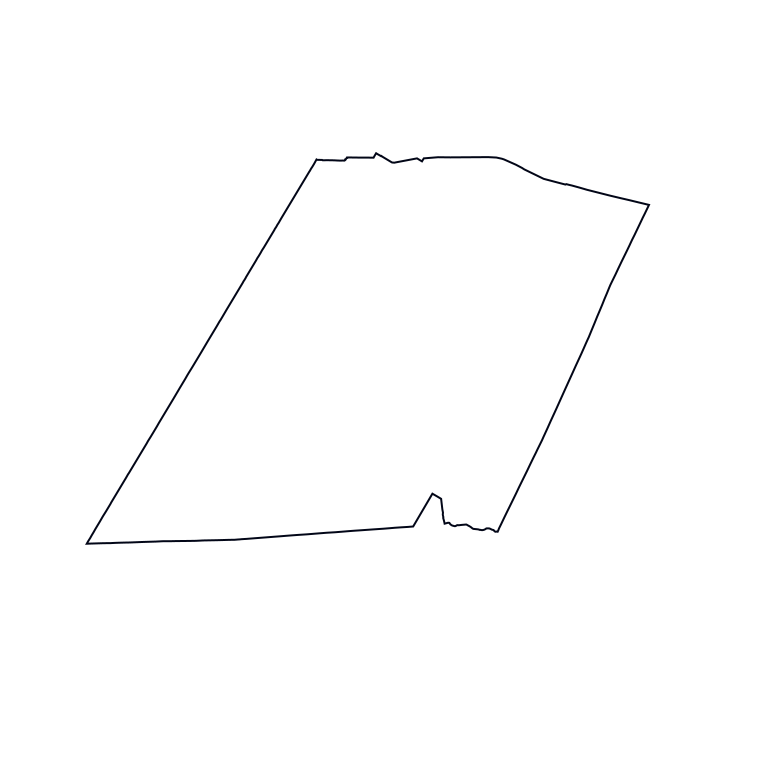 Khlong Luang, Pathum Thani, Thailand (Equal Earth projection), rotated 211°
{"feature_id": "78962969B47132537574289", "entity_name": "Khlong Luang", "entity_type": "district", "adm_level": 2, "iso_a3": "THA", "parent_name": "Thailand", "parent_adm1": "Pathum Thani", "projection": "equal_earth", "projection_center": [100.696, 14.103], "detail": "fine", "context": "isolated", "style": "outline", "palette": "ink", "viewbox_px": 768, "rotation_deg": 211, "n_neighbors": 0, "source": "geoboundaries", "source_scale": "gbopen_adm2", "svg_char_len": 5803}
<svg xmlns="http://www.w3.org/2000/svg" viewBox="0 0 768 768"><g transform="rotate(211 384 384)"><path d="M210.5,315.9L210.7,317.7L211.0,319.2L211.4,324.0L212.2,332.3L212.7,338.0L213.3,345.3L214.4,358.1L215.1,365.1L215.6,371.1L216.6,383.1L217.3,390.3L218.0,398.2L218.4,403.4L218.7,406.3L219.6,417.3L220.0,420.4L220.3,423.2L221.1,430.4L222.0,437.8L222.7,444.2L223.5,451.4L225.9,471.6L228.1,490.8L229.0,498.4L230.4,511.3L231.1,517.0L231.9,523.3L232.3,526.7L232.6,529.6L233.8,537.4L234.9,544.8L236.0,551.7L236.8,557.5L237.8,564.4L238.8,570.5L239.6,576.3L240.6,582.7L241.0,585.6L241.3,588.9L242.0,597.3L242.6,603.0L243.4,611.4L244.4,623.2L244.9,628.7L245.6,635.3L246.0,640.7L247.7,658.5L247.8,659.2L248.2,664.5L249.1,674.0L258.6,671.0L268.2,668.0L276.5,665.3L287.2,661.9L310.1,655.0L317.7,653.0L325.2,650.9L328.3,649.9L330.7,649.2L330.8,649.1L331.0,648.6L331.2,648.4L339.0,646.1L352.8,642.1L374.4,640.2L376.9,640.3L383.9,639.9L396.8,638.3L399.0,637.8L404.3,636.0L411.6,632.1L443.9,612.4L454.5,606.2L466.1,597.9L466.1,594.4L467.9,594.4L469.7,594.4L471.9,594.4L488.3,579.8L489.0,579.1L491.0,578.1L491.3,578.0L497.3,578.0L502.3,578.0L503.6,578.1L503.8,578.1L503.9,577.8L504.0,577.8L504.5,577.8L508.0,577.7L509.6,577.7L509.6,574.8L509.5,572.6L515.2,569.3L520.0,566.4L524.6,563.7L531.8,559.5L531.8,559.1L532.4,559.0L532.5,556.5L532.9,556.5L532.9,555.2L533.0,555.1L534.8,554.1L535.8,553.4L536.8,552.8L539.0,551.6L542.2,549.9L547.4,546.9L551.8,544.2L552.4,544.2L556.8,541.7L557.5,541.7L557.3,536.6L557.3,535.3L557.3,533.2L557.4,531.5L557.4,530.2L557.3,528.5L557.4,528.0L557.4,526.5L557.4,525.3L557.4,524.4L557.4,522.2L557.4,519.3L557.4,518.0L557.4,516.7L557.4,514.6L557.4,513.5L557.4,511.7L557.4,509.8L557.4,507.4L557.4,506.0L557.4,505.1L557.4,503.2L557.4,502.4L557.4,498.4L557.4,497.4L557.4,496.2L557.4,495.6L557.4,494.3L557.4,493.2L557.4,491.8L557.4,490.3L557.4,488.9L557.4,486.9L557.4,484.7L557.4,483.7L557.4,482.3L557.4,480.5L557.4,478.0L557.4,477.4L557.4,476.7L557.4,475.9L557.4,474.3L557.4,473.1L557.3,468.6L557.3,467.2L557.4,465.7L557.3,463.7L557.3,462.6L557.4,461.3L557.4,460.1L557.3,459.6L557.3,457.9L557.3,457.3L557.3,456.0L557.3,455.2L557.3,454.2L557.3,453.8L557.3,451.6L557.3,451.2L557.3,450.1L557.3,448.5L557.3,448.1L557.3,447.6L557.3,447.1L557.3,446.9L557.3,446.3L557.3,445.9L557.3,443.1L557.3,440.8L557.3,438.9L557.4,436.5L557.4,435.3L557.3,432.8L557.3,429.7L557.3,428.6L557.4,427.4L557.4,426.7L557.3,423.6L557.3,421.6L557.3,420.6L557.3,419.6L557.3,418.5L557.3,416.6L557.3,414.1L557.3,413.5L557.3,412.7L557.3,412.1L557.3,411.5L557.3,410.6L557.3,410.0L557.3,407.4L557.3,405.9L557.3,404.8L557.3,404.3L557.2,403.6L557.2,403.2L557.2,401.2L557.3,399.6L557.2,397.9L557.2,396.0L557.2,394.1L557.2,392.9L557.2,388.7L557.2,386.4L557.2,382.3L557.2,379.5L557.2,376.4L557.2,374.9L557.2,372.2L557.2,369.7L557.2,367.0L557.1,357.5L557.1,354.5L557.2,352.9L557.1,347.6L557.1,346.7L557.1,345.0L557.1,342.6L557.1,339.7L557.1,337.1L557.1,335.3L557.1,334.5L557.1,332.0L557.1,328.8L557.0,316.9L557.0,315.4L557.0,312.1L557.0,305.2L557.0,303.6L557.0,299.8L557.1,293.3L557.1,290.2L557.0,285.9L557.0,280.8L557.0,276.2L556.9,262.6L556.9,257.2L556.9,250.7L556.9,246.2L556.9,237.3L556.9,234.6L556.8,230.9L556.8,229.4L556.8,220.2L556.8,218.7L556.9,213.8L556.9,213.3L556.8,211.0L556.8,210.2L556.8,205.9L556.8,204.1L556.8,201.1L556.8,199.0L556.8,195.7L556.8,194.1L556.8,190.1L556.8,184.0L556.8,182.9L556.8,179.9L556.8,179.4L556.8,176.0L556.9,174.9L556.8,170.9L556.8,164.7L556.8,162.1L556.8,161.1L556.8,159.7L556.8,156.1L556.8,151.6L556.8,147.1L556.8,143.5L556.8,141.9L556.7,140.3L556.7,139.6L556.7,136.5L556.7,131.6L556.8,126.4L556.8,124.9L556.7,120.0L556.7,114.6L556.7,110.7L556.6,107.5L556.6,105.4L556.6,103.7L556.5,100.6L556.6,96.6L556.5,94.0L553.0,96.3L542.1,103.3L536.7,106.6L532.7,109.3L529.0,111.7L524.3,114.7L520.0,117.4L509.8,124.1L498.3,131.5L492.8,135.2L487.3,138.5L481.6,142.1L469.9,149.3L464.3,152.8L458.2,156.9L453.9,159.6L450.7,161.6L446.4,164.3L442.0,167.1L436.7,170.5L433.0,172.8L432.0,173.4L430.9,174.2L429.1,175.5L427.5,176.6L426.2,177.6L422.4,180.2L416.5,184.4L404.4,193.0L399.2,196.7L395.1,199.6L387.7,204.9L380.2,210.2L372.7,215.4L361.4,223.5L356.2,227.2L349.9,231.5L344.3,235.5L338.6,239.6L333.1,243.5L330.2,245.5L318.8,253.5L314.5,256.5L309.9,259.7L305.3,263.0L300.6,266.4L295.3,270.1L289.9,273.8L285.6,276.9L286.0,314.9L279.9,315.0L276.0,315.0L275.9,315.0L270.5,308.0L269.5,306.7L268.8,305.9L267.9,304.9L267.7,304.7L267.4,304.3L267.3,304.2L267.1,304.0L266.6,302.8L266.4,302.5L266.3,302.3L266.1,302.1L265.9,301.8L264.7,300.6L264.5,300.3L264.4,300.2L264.3,299.8L264.3,299.7L264.2,299.6L262.7,298.2L261.5,297.0L260.1,295.5L259.8,295.8L257.9,297.8L257.7,298.0L257.4,298.2L256.5,298.5L256.4,298.6L256.1,298.5L255.5,298.2L255.1,298.0L254.9,297.9L254.4,297.9L253.8,297.8L252.8,297.8L252.4,297.9L252.0,298.0L250.3,298.5L249.9,298.7L249.8,298.8L249.6,299.0L249.3,299.5L249.1,299.7L248.9,300.1L248.7,300.4L248.7,300.5L248.3,300.9L247.4,301.3L246.8,301.7L245.4,302.8L244.2,303.7L241.7,305.5L241.3,305.8L241.1,305.9L240.7,306.0L239.6,306.0L237.6,306.1L236.0,306.1L235.6,306.0L235.3,306.0L235.2,306.0L234.1,305.8L233.8,305.8L233.5,305.8L233.0,305.8L232.9,305.8L232.7,305.9L231.6,306.4L229.9,307.2L228.4,307.9L228.0,308.0L227.6,308.1L227.4,308.2L227.0,308.2L226.9,308.3L226.6,308.4L226.3,308.6L226.1,308.7L225.6,308.8L225.4,308.9L224.6,309.3L224.3,309.5L223.4,310.3L223.0,310.8L222.7,311.2L222.6,311.4L222.3,311.9L222.2,312.1L222.0,312.6L221.9,312.9L221.7,313.0L220.7,313.7L220.0,314.1L219.1,314.5L218.9,314.5L218.4,314.6L216.8,314.7L216.2,314.8L215.0,315.2L214.9,315.2L214.7,315.2L214.4,315.1L214.2,315.0L214.0,314.9L213.7,314.8L213.0,314.7L212.8,314.7L212.7,314.8L212.4,314.8L212.1,314.9L212.0,315.0L211.6,315.4L211.5,315.5L211.4,315.6L211.1,315.7L210.5,315.9Z" fill="none" stroke="#020617" stroke-width="2"/></g></svg>